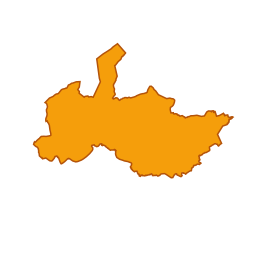 Birnin Gwari, Kaduna, Nigeria (Robinson projection), rotated 226°
{"feature_id": "59680162B79463473975333", "entity_name": "Birnin Gwari", "entity_type": "district", "adm_level": 2, "iso_a3": "NGA", "parent_name": "Nigeria", "parent_adm1": "Kaduna", "projection": "robinson", "projection_center": [6.471, 10.872], "detail": "fine", "context": "isolated", "style": "filled", "palette": "amber", "viewbox_px": 256, "rotation_deg": 226, "n_neighbors": 0, "source": "geoboundaries", "source_scale": "gbopen_adm2", "svg_char_len": 5793}
<svg xmlns="http://www.w3.org/2000/svg" viewBox="0 0 256 256"><g transform="rotate(226 128 128)"><path d="M165.2,45.1L164.1,46.9L163.6,47.9L162.9,48.2L158.9,48.9L157.9,49.6L157.2,50.3L157.1,51.0L157.3,52.6L157.5,54.0L158.2,55.6L157.7,56.1L157.8,56.5L157.6,57.0L156.7,57.5L156.1,57.4L156.0,57.1L155.7,56.9L155.5,57.0L155.3,57.3L154.7,57.3L150.7,55.5L148.8,55.0L148.4,55.4L148.0,57.3L147.8,59.2L147.8,63.2L147.5,64.0L146.9,64.0L146.8,64.5L146.6,64.6L142.6,65.4L139.9,66.9L138.8,68.5L137.3,72.2L136.8,74.3L136.3,78.2L136.2,82.7L136.6,86.5L137.0,87.7L138.1,88.8L138.6,89.0L139.8,89.0L140.3,89.3L140.6,90.0L140.5,90.3L140.0,90.8L139.7,91.6L139.3,92.0L138.5,91.6L137.7,92.1L136.5,92.4L135.8,93.4L135.6,94.1L135.6,94.6L135.9,96.7L135.8,97.1L135.4,97.3L135.0,98.0L134.8,98.1L133.9,97.1L133.2,97.3L133.2,98.2L132.9,98.4L132.7,98.2L132.1,98.8L130.7,99.2L130.4,99.3L130.2,99.0L128.0,99.4L127.5,99.3L127.3,99.6L126.2,99.6L124.6,99.8L124.1,100.0L123.9,100.6L122.3,102.2L122.1,103.2L121.9,103.4L121.0,103.1L120.9,103.7L120.1,103.6L120.1,103.3L119.1,102.3L118.4,101.4L117.2,100.5L114.6,99.5L111.4,100.2L108.3,101.9L106.9,102.5L103.9,104.6L103.2,104.9L100.9,106.0L100.2,106.0L99.5,105.7L99.4,105.2L98.7,104.4L98.4,102.7L97.3,102.2L96.7,102.6L96.2,101.9L95.0,102.1L94.5,101.8L93.7,102.0L93.2,102.0L92.6,102.3L92.1,102.2L91.7,103.2L90.7,104.4L89.5,103.9L89.1,103.6L88.6,103.5L88.1,103.6L87.7,103.3L87.3,103.8L86.9,103.8L86.4,103.2L85.7,102.8L84.9,103.1L84.6,103.3L84.6,103.8L85.2,103.6L85.3,104.1L84.9,104.4L84.6,105.3L84.3,105.6L83.3,105.5L82.6,106.5L82.0,106.7L81.5,107.6L81.6,108.2L80.9,108.4L80.4,109.6L79.7,110.6L79.6,111.2L79.1,111.3L79.0,111.7L79.0,112.3L78.6,113.1L77.6,113.0L76.8,112.6L76.5,113.1L76.1,113.2L75.9,113.8L75.0,114.4L74.5,115.6L74.1,115.6L73.2,116.1L72.6,116.1L72.3,117.1L71.9,117.7L71.8,118.0L72.1,119.1L71.9,119.8L71.6,120.4L69.8,122.6L68.5,123.1L62.2,124.5L61.2,125.8L62.1,128.6L61.9,129.0L62.1,129.9L61.9,130.5L61.3,131.1L60.7,130.8L59.9,130.7L59.6,131.0L57.3,131.8L56.2,132.3L56.1,133.8L57.3,134.1L58.2,135.5L57.3,136.7L56.8,136.6L56.2,137.2L54.8,137.4L54.7,137.8L54.9,138.8L54.6,139.6L54.4,141.3L53.8,143.3L53.3,143.7L53.6,144.5L54.3,145.2L54.9,146.0L54.7,146.5L54.6,147.7L55.3,148.9L55.4,149.3L55.1,149.7L54.6,149.9L54.5,150.6L54.0,151.3L54.0,152.4L53.5,153.2L52.1,154.1L52.2,154.9L52.0,155.5L52.0,156.0L52.6,156.1L52.8,155.5L53.5,155.6L54.1,155.5L54.7,155.7L55.1,156.3L55.3,156.7L55.0,157.1L55.5,157.9L56.7,158.2L57.0,158.4L57.6,159.2L58.3,159.2L58.5,159.4L58.8,160.1L58.7,160.6L57.7,161.1L57.7,162.2L57.3,162.6L57.4,164.5L56.8,165.7L56.9,166.4L56.3,166.8L56.0,167.3L55.1,170.9L55.4,171.6L56.9,172.6L57.7,173.3L57.8,173.6L57.2,175.6L57.1,177.0L56.6,178.1L56.6,179.0L56.5,179.4L55.8,180.1L55.0,180.3L54.3,180.9L53.0,180.6L52.9,180.5L52.1,180.7L52.2,181.5L52.2,183.1L51.9,184.6L61.3,188.0L63.6,197.5L61.7,201.5L61.7,201.9L61.9,202.0L61.7,202.3L61.8,202.8L62.2,203.0L61.9,203.7L62.1,204.6L62.3,204.5L62.4,204.9L62.9,205.1L63.0,205.4L62.9,205.6L63.3,206.2L63.7,206.3L64.0,206.7L63.4,207.4L63.3,208.1L63.1,208.2L63.2,208.5L62.8,209.0L62.9,209.4L62.8,209.8L63.1,210.0L62.9,211.1L63.4,211.0L64.4,209.9L64.7,208.6L65.0,208.4L66.0,208.1L66.2,207.8L66.7,207.9L67.9,208.8L68.2,208.7L68.5,208.4L69.2,207.2L69.6,206.1L70.0,206.1L70.3,206.7L70.9,206.9L71.7,206.5L72.3,206.8L73.5,202.4L75.0,199.9L79.4,202.1L79.6,202.0L79.7,201.1L79.5,200.6L79.8,200.5L80.2,200.6L80.5,200.8L80.9,201.4L81.0,201.4L81.5,200.7L82.0,200.4L81.8,199.3L82.9,199.1L84.3,197.8L84.5,197.3L84.8,195.7L83.6,191.4L85.3,188.9L89.3,186.4L91.4,183.6L93.2,181.6L93.7,179.9L94.5,179.0L94.4,178.2L94.6,178.1L95.3,176.9L95.3,176.4L96.0,176.1L96.6,176.4L96.9,176.3L97.1,176.0L99.1,175.7L99.9,174.7L100.1,174.1L100.7,173.5L101.2,173.6L102.2,173.5L102.3,172.9L102.8,172.8L103.6,172.7L103.8,173.0L104.2,172.9L105.5,171.9L106.0,171.0L106.6,170.7L107.1,170.8L107.5,171.2L108.0,170.5L109.1,169.4L111.9,171.1L113.3,172.8L112.9,174.9L113.0,176.4L113.5,177.7L114.5,179.6L115.6,180.9L116.9,180.9L117.9,180.6L118.6,179.9L120.4,178.9L122.3,176.2L130.8,173.0L135.6,173.7L137.8,173.4L138.4,173.8L139.7,174.0L142.0,173.7L142.8,172.6L141.8,169.1L140.4,166.5L140.7,165.3L141.1,164.9L141.6,163.6L142.5,162.4L143.7,160.5L145.3,156.4L145.3,155.8L145.8,154.5L147.8,150.8L149.4,150.1L150.2,148.2L150.9,148.0L152.1,146.9L152.3,146.0L153.0,144.9L153.0,144.3L153.3,143.3L153.8,142.6L153.6,141.7L153.9,141.0L156.8,141.2L157.7,140.7L158.3,140.1L158.7,138.4L159.1,137.6L160.2,137.7L160.9,140.6L160.8,141.2L161.2,142.3L163.8,143.3L165.5,145.4L166.2,145.7L167.0,145.9L168.4,146.8L169.2,147.6L169.4,147.9L169.4,148.5L169.8,149.0L169.8,149.8L170.6,151.9L170.8,152.7L171.5,153.2L172.8,156.2L182.1,161.8L181.9,162.7L182.6,167.1L182.4,170.6L183.5,172.9L183.5,173.5L183.2,173.7L183.1,174.0L183.5,175.2L183.2,176.1L183.5,176.7L183.5,177.9L183.7,178.4L195.9,179.0L196.7,173.7L196.7,170.6L198.6,161.2L199.4,153.5L183.6,141.9L180.4,140.2L174.3,124.3L176.1,123.4L177.6,121.3L178.9,121.4L180.6,119.0L180.6,117.9L186.9,117.0L188.1,118.4L190.5,118.5L191.3,121.4L194.7,125.7L197.2,122.8L198.6,119.6L199.4,118.4L199.6,116.7L200.3,115.0L199.3,112.1L199.4,111.4L199.9,111.0L200.1,110.1L201.4,107.9L201.8,106.7L201.2,102.1L201.4,101.2L202.3,100.0L202.7,97.9L202.7,96.2L204.1,92.3L203.9,86.0L202.6,86.4L201.5,86.2L199.3,84.9L198.5,83.7L197.8,82.0L196.5,80.9L194.6,79.8L193.7,78.9L193.0,77.9L191.9,75.6L190.8,74.3L189.7,73.6L189.3,74.8L187.6,74.1L186.7,74.1L184.6,73.3L180.8,70.5L177.5,68.5L176.4,67.5L176.5,66.8L177.0,65.9L178.7,63.4L179.4,62.7L180.5,61.7L182.2,59.7L182.2,57.9L182.0,56.9L182.2,56.3L182.3,53.7L182.1,52.1L182.4,51.0L182.9,51.2L182.9,50.7L181.8,48.7L179.3,48.8L178.3,49.0L177.5,49.4L175.5,49.2L175.1,48.8L173.8,48.0L172.5,46.7L171.6,46.5L169.5,44.9L166.4,45.1L166.4,45.5L166.1,45.5L165.6,45.2L165.2,45.1Z" fill="#f59e0b" stroke="#b45309" stroke-width="1.5"/></g></svg>